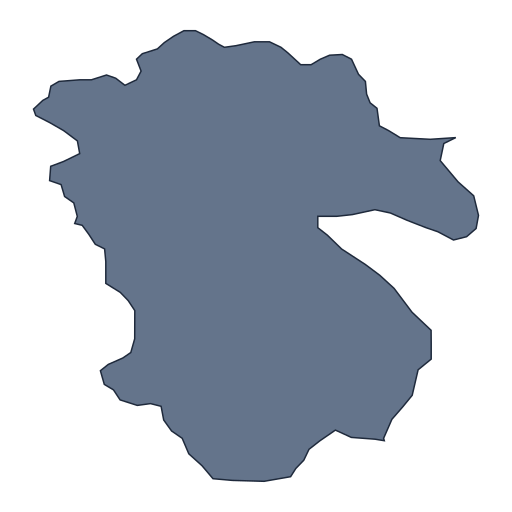 the district of Västervik, Kalmar, Sweden
{"feature_id": "70781695B21983327863025", "entity_name": "Västervik", "entity_type": "district", "adm_level": 2, "iso_a3": "SWE", "parent_name": "Sweden", "parent_adm1": "Kalmar", "projection": "robinson", "projection_center": [16.379, 57.852], "detail": "fine", "context": "isolated", "style": "filled", "palette": "slate", "viewbox_px": 512, "rotation_deg": 0, "n_neighbors": 0, "source": "geoboundaries", "source_scale": "gbopen_adm2", "svg_char_len": 1607}
<svg xmlns="http://www.w3.org/2000/svg" viewBox="0 0 512 512"><path d="M384.3,440.7L383.6,438.3L391.9,419.3L402.7,406.9L412.2,395.3L418.1,369.8L431.2,359.1L431.2,343.5L431.1,330.3L412.0,312.2L394.1,288.4L379.8,275.3L365.5,264.6L341.6,249.0L327.3,235.1L317.8,227.7L317.8,216.3L336.8,216.3L352.3,214.6L374.9,209.7L390.4,213.0L407.1,220.3L426.1,227.7L438.0,231.8L453.5,240.0L466.6,236.7L476.1,228.5L478.5,215.4L473.7,195.8L458.1,181.9L440.2,160.6L443.8,143.5L455.8,137.6L430.3,139.3L400.2,137.7L388.6,130.6L379.4,125.8L377.0,108.3L370.1,102.8L366.6,94.1L365.4,81.4L358.5,74.3L351.5,59.2L342.3,54.5L329.6,55.2L320.3,59.2L311.1,64.7L300.7,64.7L287.9,52.9L281.0,47.3L269.5,41.8L263.8,41.8L254.4,41.8L235.9,45.7L224.4,47.3L218.6,44.2L212.8,40.2L203.6,34.7L195.5,30.7L183.9,30.7L173.5,36.3L164.3,42.6L157.4,48.9L142.3,53.7L136.5,59.2L141.1,71.1L136.5,79.8L124.9,85.3L115.7,78.2L106.5,75.0L91.4,79.8L79.9,79.8L59.0,81.4L51.3,85.9L50.9,86.1L48.6,97.2L42.8,100.4L33.5,109.1L35.8,115.5L49.7,122.6L63.6,130.6L77.4,140.9L79.7,153.6L63.5,161.5L50.7,166.3L49.6,180.6L61.1,184.6L64.6,196.5L73.8,202.9L77.3,216.4L74.7,223.5L82.2,225.3L88.8,234.3L95.3,244.3L104.6,248.9L105.8,261.6L105.8,283.4L120.3,292.4L128.2,300.6L134.8,310.6L134.7,338.8L130.8,352.5L122.8,358.0L108.3,364.4L100.4,370.7L104.3,384.4L113.5,389.9L120.1,399.9L137.3,405.4L150.5,403.6L161.1,406.3L163.7,420.0L171.6,431.0L182.2,438.3L188.8,453.8L202.0,465.7L213.0,478.7L232.4,480.4L264.1,481.3L290.6,476.7L295.8,468.5L303.8,460.2L309.0,449.3L319.6,441.0L335.4,430.1L351.3,437.4L375.1,439.2L384.3,440.7Z" fill="#64748b" stroke="#1e293b" stroke-width="1.5"/></svg>